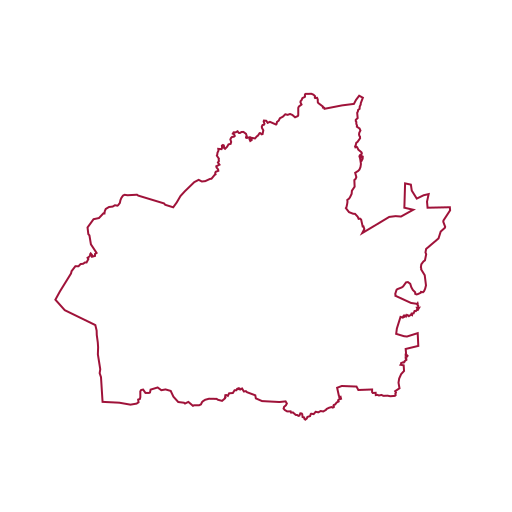 the district of Aizkalnes pag., Preilu, Latvia, rotated 196°
{"feature_id": "27541924B10227546219094", "entity_name": "Aizkalnes pag.", "entity_type": "district", "adm_level": 2, "iso_a3": "LVA", "parent_name": "Latvia", "parent_adm1": "Preilu", "projection": "mercator", "projection_center": [26.738, 56.2], "detail": "fine", "context": "isolated", "style": "outline", "palette": "rose", "viewbox_px": 512, "rotation_deg": 196, "n_neighbors": 0, "source": "geoboundaries", "source_scale": "gbopen_adm2", "svg_char_len": 6040}
<svg xmlns="http://www.w3.org/2000/svg" viewBox="0 0 512 512"><g transform="rotate(196 256 256)"><path d="M83.1,356.3L104.4,349.7L106.6,355.4L107.1,363.1L111.6,360.6L117.3,355.5L124.3,361.8L126.8,367.3L132.7,366.9L126.7,343.3L117.6,343.8L127.5,333.9L132.8,332.8L138.7,330.3L160.2,307.3L159.3,311.8L160.9,314.1L161.6,313.8L165.0,320.0L166.4,320.6L167.6,320.0L169.1,321.8L172.4,323.8L174.3,323.4L178.7,323.8L182.8,326.8L182.5,327.9L182.7,331.0L183.0,333.3L183.7,335.0L182.3,336.9L181.8,338.6L181.2,342.1L181.8,345.2L180.3,349.8L182.4,356.1L181.5,357.6L181.3,359.5L183.6,363.3L181.2,366.0L180.4,367.6L180.1,370.2L180.5,373.4L182.6,378.0L180.7,376.9L180.3,378.9L180.8,381.0L181.8,381.2L182.8,378.4L184.1,380.4L183.8,381.7L182.6,383.1L182.6,384.0L183.3,384.8L186.9,386.4L188.8,388.5L189.5,388.7L190.4,387.9L191.0,388.7L190.7,389.6L190.8,392.5L189.9,393.6L188.4,397.9L189.0,399.5L189.8,400.0L190.5,401.4L190.7,403.0L190.2,405.4L191.6,407.1L194.7,408.1L194.9,409.3L196.0,410.7L196.5,412.5L197.3,413.2L197.6,414.4L196.3,416.6L198.2,421.5L197.9,423.1L198.1,424.5L197.0,426.0L197.5,428.3L197.1,430.4L197.4,431.8L196.9,437.6L201.0,438.5L202.9,433.6L203.8,429.2L214.8,424.5L230.7,416.4L231.3,417.3L232.6,417.1L232.9,418.1L238.3,420.2L239.0,420.9L239.8,423.5L240.9,424.9L242.7,424.1L243.1,424.4L243.3,425.9L245.2,426.9L247.4,427.2L253.0,425.5L253.4,425.0L253.4,424.2L252.9,423.1L252.9,422.4L254.9,420.6L255.2,418.3L255.8,417.1L255.7,416.1L254.0,414.1L256.0,411.5L256.2,410.0L254.2,403.0L254.4,402.0L256.7,400.1L259.9,401.6L262.4,401.9L264.5,400.4L266.9,400.3L268.6,397.3L271.0,395.0L271.5,392.4L272.8,390.6L272.6,388.6L273.0,387.9L279.6,388.8L281.5,387.2L283.4,388.8L285.7,388.4L285.7,387.4L284.3,385.4L284.6,384.3L285.8,383.7L286.1,382.1L285.6,380.8L283.6,378.8L283.3,375.0L284.2,374.5L285.6,375.3L286.4,375.1L287.4,372.1L288.1,371.4L289.4,368.7L292.8,368.4L292.1,366.3L293.2,365.0L294.4,366.4L294.3,367.3L294.8,368.4L297.4,366.9L298.2,367.0L298.4,367.5L297.9,368.6L299.3,370.7L302.3,371.8L304.1,371.2L305.4,369.8L306.6,369.6L308.1,370.8L309.7,369.2L311.6,368.7L312.0,367.2L310.6,366.9L309.5,365.6L310.2,364.5L311.8,363.9L312.5,362.7L312.8,361.0L311.3,358.8L311.3,356.8L313.2,355.7L313.9,353.0L315.3,350.5L316.3,350.9L317.4,353.4L318.4,353.6L319.2,352.7L318.4,350.6L318.6,349.2L321.8,348.6L321.1,347.0L321.5,344.7L321.2,342.8L321.3,341.7L318.5,339.3L318.4,338.1L317.8,337.1L318.4,335.4L316.3,333.7L318.9,331.3L318.3,330.2L316.3,328.8L315.7,327.5L317.9,325.9L318.1,324.4L317.4,323.3L318.1,322.6L320.1,318.0L321.5,317.4L325.4,314.0L328.6,312.7L332.1,313.4L335.7,310.0L342.2,298.7L345.1,292.9L347.0,285.5L349.0,280.0L357.4,280.2L358.9,281.2L385.9,281.6L387.3,282.1L396.2,279.0L399.2,278.6L400.5,277.4L401.4,274.8L401.7,272.4L401.5,269.5L402.5,266.9L403.0,266.2L405.6,265.9L407.4,264.0L410.8,262.6L413.4,259.8L413.7,257.4L413.4,255.1L414.4,255.0L417.4,249.2L422.3,246.6L425.8,237.0L423.2,230.8L421.8,229.9L417.9,221.7L410.1,215.0L411.3,213.6L410.8,211.7L413.4,210.1L413.6,210.5L413.3,211.1L413.7,211.6L415.6,212.9L415.9,212.0L415.6,210.9L415.8,209.9L417.4,207.8L416.3,206.9L417.1,203.1L418.7,202.6L420.0,200.9L422.4,199.9L423.8,197.2L426.8,196.4L429.1,190.6L429.0,188.2L434.7,168.0L436.8,158.7L424.9,151.2L391.4,145.3L388.6,140.3L387.3,136.2L384.3,129.4L382.6,124.7L380.9,117.9L374.5,104.2L374.0,100.3L371.6,96.8L363.3,73.5L347.0,77.3L335.7,78.5L330.1,81.2L328.6,83.0L329.7,85.5L328.2,86.6L328.3,88.5L329.9,94.0L329.5,95.5L327.7,96.5L324.5,93.9L321.1,94.9L320.3,95.6L320.5,98.5L314.3,102.5L310.0,100.9L306.2,102.8L300.8,102.8L296.6,98.0L290.5,94.2L284.8,95.1L283.6,94.6L280.8,97.1L275.3,94.6L274.5,95.4L269.6,96.8L268.0,98.2L267.6,100.7L266.8,102.0L265.2,103.8L261.9,105.8L254.5,107.8L253.0,107.3L248.7,107.4L246.5,110.7L246.8,111.3L246.4,111.9L246.9,112.4L247.1,113.8L246.0,114.2L244.5,113.8L244.0,116.6L240.5,117.9L239.6,121.0L237.9,121.5L237.8,122.2L237.0,122.9L237.3,123.3L236.1,124.2L235.4,124.1L235.3,123.3L234.3,123.3L232.9,124.8L230.3,122.4L228.5,123.3L227.2,122.6L218.3,121.9L216.9,119.1L210.2,118.2L193.2,122.1L187.5,124.4L185.7,122.7L186.1,120.7L187.4,118.8L187.4,116.9L185.9,115.9L183.2,115.2L179.9,116.2L179.1,115.1L177.4,115.8L174.0,114.2L172.4,114.5L171.2,114.0L170.3,114.5L170.0,117.0L168.7,117.2L168.0,116.7L166.8,114.0L165.2,114.1L164.6,112.8L163.5,112.3L162.4,113.8L162.2,115.5L159.9,117.0L159.8,119.2L159.5,119.6L157.0,119.9L155.7,122.7L153.0,122.9L151.1,124.8L148.5,125.1L146.3,127.4L146.0,128.4L143.9,130.3L141.8,131.6L140.5,131.4L139.7,132.0L139.5,132.4L140.3,133.6L140.2,134.2L139.0,135.1L138.1,137.4L136.5,138.9L137.3,139.9L137.0,140.7L134.9,142.2L135.7,143.6L136.3,142.7L136.8,142.9L136.5,143.9L137.7,144.3L141.7,151.7L137.7,154.7L123.4,158.2L120.7,155.4L107.6,159.7L106.9,157.2L106.0,156.5L103.3,157.5L102.5,155.3L101.0,156.0L99.4,155.8L97.1,157.0L95.0,156.7L91.0,158.0L88.3,158.2L84.0,159.8L83.4,160.8L84.1,162.0L83.8,163.2L85.0,164.4L81.6,168.4L84.1,173.5L84.6,177.7L83.9,182.5L82.0,186.3L83.9,191.6L87.0,191.3L86.7,192.1L87.0,193.0L85.3,194.4L84.6,194.3L84.0,195.4L84.1,196.0L82.8,197.6L83.2,198.6L83.8,198.7L84.3,200.0L83.2,200.7L82.8,201.8L83.6,202.3L84.8,202.0L85.1,202.9L84.9,203.7L86.5,207.9L75.2,214.3L79.3,226.4L88.7,220.2L91.6,219.7L99.8,219.8L100.6,225.1L100.3,237.3L97.9,237.2L96.9,238.3L97.7,238.8L97.3,239.6L96.3,238.9L95.7,239.9L95.2,239.5L95.1,240.5L94.6,240.2L93.9,241.0L92.5,240.3L90.7,242.4L89.7,242.2L89.8,242.8L90.7,242.8L90.6,243.6L88.7,244.3L88.4,246.8L87.1,247.1L86.5,248.7L85.6,248.7L85.2,250.3L86.1,249.5L87.1,250.7L85.7,251.3L86.3,252.8L87.5,253.7L87.3,254.5L87.6,255.0L87.8,254.4L94.1,253.6L111.8,256.3L110.9,256.6L111.7,257.9L111.6,262.0L111.1,263.0L107.2,266.0L106.2,267.3L104.5,272.0L102.8,272.8L100.1,271.8L98.1,268.8L95.9,266.6L93.0,265.0L92.5,263.5L91.1,263.3L89.9,264.0L87.5,266.1L87.5,267.0L85.5,267.2L84.8,268.4L84.4,271.1L84.5,274.6L88.5,284.0L93.6,288.7L93.8,289.8L94.4,290.6L94.8,293.6L93.6,296.8L92.4,298.4L92.9,304.6L94.1,306.2L94.4,309.7L85.4,323.2L85.2,330.4L82.2,335.2L82.2,336.2L85.4,340.5L85.6,341.8L82.0,353.4L83.1,356.3Z" fill="none" stroke="#9f1239" stroke-width="2"/></g></svg>